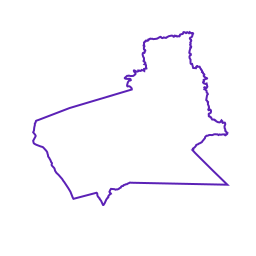 outline of Novo Repartimento, Pará, Brazil, rotated 165°
{"feature_id": "56859067B50073912473669", "entity_name": "Novo Repartimento", "entity_type": "district", "adm_level": 2, "iso_a3": "BRA", "parent_name": "Brazil", "parent_adm1": "Pará", "projection": "mercator", "projection_center": [-50.465, -4.525], "detail": "fine", "context": "isolated", "style": "outline", "palette": "violet", "viewbox_px": 256, "rotation_deg": 165, "n_neighbors": 0, "source": "geoboundaries", "source_scale": "gbopen_adm2", "svg_char_len": 5708}
<svg xmlns="http://www.w3.org/2000/svg" viewBox="0 0 256 256"><g transform="rotate(165 128 128)"><path d="M40.9,203.0L41.3,203.1L41.5,202.8L41.9,202.8L42.2,203.0L42.7,203.6L43.0,203.9L43.4,203.9L43.4,204.3L43.6,204.6L44.6,203.8L45.3,204.7L46.0,205.2L46.4,205.2L47.0,204.6L47.4,204.6L48.4,205.8L49.6,206.2L49.9,206.0L50.2,205.1L50.5,204.9L50.9,204.7L51.5,204.7L52.2,204.9L53.1,204.6L53.5,204.7L53.8,204.4L54.2,203.6L54.4,203.3L54.9,203.2L55.9,203.8L56.6,203.6L57.0,203.7L57.7,204.6L58.1,204.7L58.4,204.5L58.7,204.6L58.9,204.9L59.2,204.6L60.0,204.3L60.4,204.4L60.6,205.2L61.1,205.6L61.8,205.8L62.1,206.0L65.0,206.1L66.4,205.7L66.8,205.7L67.4,205.3L67.9,205.2L68.3,205.3L68.6,205.6L69.8,205.9L70.0,206.2L71.4,205.9L72.1,206.3L72.7,207.4L73.2,207.7L73.8,207.4L74.2,207.5L75.6,207.1L76.4,206.8L76.8,206.9L77.3,206.8L80.6,207.3L81.6,208.0L81.9,208.0L82.8,208.2L83.1,208.5L83.9,208.5L84.6,208.0L85.3,208.3L85.6,208.2L86.0,207.3L86.4,207.2L87.1,207.3L87.4,207.6L88.1,207.8L88.8,207.0L89.2,207.2L89.5,207.0L90.2,206.6L90.5,206.3L90.8,204.6L91.4,204.0L91.6,203.6L91.0,203.2L90.9,202.8L91.4,202.2L92.0,201.2L92.2,199.9L92.1,199.6L91.5,199.2L91.2,198.5L91.4,198.0L92.0,197.7L92.3,196.8L92.5,196.5L92.9,196.3L93.7,196.7L94.1,196.6L94.4,196.3L94.9,195.1L94.9,193.0L94.5,191.7L94.5,191.2L94.8,190.4L94.9,189.3L95.4,189.1L95.7,188.7L95.6,188.4L94.5,186.9L94.4,186.5L94.5,186.1L95.6,185.3L95.1,185.0L94.5,184.9L94.4,183.6L95.0,181.8L94.7,181.0L94.8,180.7L97.2,180.9L97.5,180.2L97.3,179.4L97.5,178.9L98.0,179.4L99.7,180.5L100.4,180.0L101.2,179.9L101.5,180.1L101.7,180.4L102.7,180.3L102.8,180.7L103.2,180.9L103.5,180.3L103.8,180.1L104.7,180.1L105.6,180.6L106.5,181.6L107.2,182.1L107.5,181.9L107.6,181.5L107.3,180.4L106.7,179.4L106.6,178.9L106.8,178.2L107.6,177.7L109.3,177.0L109.7,177.0L112.1,177.5L113.6,178.4L114.0,178.3L115.4,178.6L117.5,177.5L117.9,177.4L118.2,177.1L118.1,176.7L117.5,176.2L116.0,175.6L113.9,175.2L113.2,174.8L112.9,174.4L112.9,173.5L113.4,173.3L114.3,173.5L114.8,173.4L116.3,172.2L117.8,169.6L117.9,169.1L117.9,168.7L117.7,168.3L116.2,168.1L115.2,167.3L114.3,165.7L114.2,165.0L114.4,164.2L179.3,162.4L211.8,159.0L214.6,158.8L215.1,158.6L216.0,157.0L216.8,156.5L217.2,155.0L218.4,152.8L219.5,149.9L220.7,148.4L219.4,145.4L219.2,144.4L219.4,143.9L222.9,140.2L223.0,138.1L222.9,137.6L222.4,136.9L221.0,135.6L217.3,132.9L215.3,131.7L214.6,130.6L212.9,127.3L212.4,125.9L212.3,125.4L212.4,124.2L212.3,122.4L212.5,121.5L212.4,120.8L211.8,119.3L211.7,118.6L211.3,117.3L211.0,114.8L210.6,114.1L210.6,113.5L211.3,112.3L211.3,111.5L209.8,108.7L209.5,107.9L209.5,105.6L208.8,103.3L207.2,100.7L204.8,95.8L204.1,93.5L203.6,92.4L201.2,85.2L200.1,81.3L199.4,75.2L199.0,73.7L175.2,73.6L174.8,73.1L174.7,72.5L175.0,70.9L174.8,69.4L174.4,68.9L174.0,67.8L173.6,67.3L173.7,66.5L173.2,65.6L173.0,65.0L172.8,64.5L172.1,60.2L171.6,60.0L170.2,61.2L167.3,64.7L166.4,65.3L166.1,65.7L165.5,65.8L165.1,66.1L164.8,66.4L164.9,66.9L164.1,67.8L162.5,68.6L162.3,68.9L161.5,69.0L161.6,69.4L162.2,70.0L162.2,70.4L162.4,70.7L162.4,71.3L161.7,72.0L161.3,72.6L160.2,73.6L156.9,72.4L156.5,72.1L156.2,71.7L154.6,71.6L154.2,71.4L153.8,71.4L152.3,71.7L151.8,72.1L150.4,72.3L149.8,73.1L149.2,73.4L147.9,73.3L147.5,73.4L147.1,73.9L146.7,74.0L145.3,74.0L144.8,74.2L143.5,74.0L143.0,74.3L141.0,74.6L140.2,74.8L139.4,74.4L46.7,47.5L56.9,64.6L69.4,86.1L71.4,89.9L70.9,89.9L70.5,90.2L70.6,91.3L68.7,92.0L67.1,93.1L66.4,94.0L64.5,94.2L63.6,94.6L62.3,94.7L61.6,95.0L61.0,95.0L60.1,95.4L59.4,96.1L57.9,97.1L57.5,97.5L56.6,98.0L56.3,98.3L56.0,99.0L55.7,99.4L54.2,100.2L53.9,100.0L52.5,100.0L51.8,100.2L51.4,100.1L50.7,100.1L48.7,99.4L47.7,99.4L46.6,99.6L45.3,99.4L44.5,99.0L43.6,98.9L43.0,98.5L42.5,97.8L42.3,97.7L41.5,98.1L40.8,97.9L40.4,97.6L39.8,97.4L38.7,97.4L36.6,96.9L36.1,95.9L35.7,95.7L34.7,96.2L34.3,96.3L33.7,96.6L33.3,97.4L34.2,97.8L33.9,98.7L34.3,99.5L34.7,99.8L34.7,100.5L34.4,101.6L34.7,102.9L34.3,104.8L33.5,105.8L33.0,106.6L33.0,107.8L33.2,108.2L35.2,108.4L35.4,108.8L35.1,110.1L35.4,110.5L35.7,111.2L36.0,111.0L37.0,110.0L38.0,109.7L39.5,110.3L40.9,111.5L41.3,112.1L41.4,112.5L41.8,113.0L42.3,113.1L42.4,113.7L43.0,114.0L44.5,114.4L45.0,115.9L44.9,116.6L45.2,116.9L45.7,117.1L45.8,117.7L46.1,118.0L46.8,118.3L46.9,118.6L46.5,119.9L46.5,120.5L46.2,120.9L44.9,121.1L44.1,121.4L43.6,122.3L43.4,122.9L43.4,123.7L43.7,124.4L44.2,124.7L44.6,124.2L45.1,124.2L45.5,124.3L45.7,125.0L44.5,126.6L44.4,127.0L44.5,127.5L44.3,127.8L44.3,128.3L44.7,130.2L43.9,132.4L44.2,132.8L44.5,132.9L44.5,133.7L45.2,134.8L43.1,139.3L42.1,140.0L42.2,140.9L42.8,141.9L42.5,143.7L42.6,144.1L43.0,144.4L43.4,145.2L44.1,145.6L43.8,145.9L43.9,147.4L43.5,147.6L43.2,147.5L42.2,146.4L41.8,146.3L40.7,147.3L40.8,147.6L40.6,148.4L40.6,150.6L41.5,150.4L42.0,150.6L42.3,151.0L43.1,151.4L43.3,151.8L43.7,152.4L43.7,152.7L43.5,153.0L42.8,153.2L42.5,153.5L42.4,154.2L42.6,154.5L42.5,154.9L42.1,155.0L41.3,155.0L40.6,155.3L39.1,155.2L38.8,155.5L39.0,155.9L39.7,156.3L40.5,157.2L40.8,157.4L41.4,158.4L41.3,159.0L40.6,159.5L40.4,159.8L40.7,160.6L41.3,161.2L41.4,161.7L41.2,162.3L41.4,162.6L41.8,162.6L42.1,162.9L41.7,163.7L41.7,164.4L41.8,164.8L42.4,165.5L42.3,166.3L42.7,166.9L42.8,168.0L43.0,168.7L44.9,169.1L45.0,169.9L45.3,170.0L46.4,169.4L46.9,168.2L49.5,169.1L49.5,173.3L50.3,173.4L50.6,173.6L50.8,174.0L50.8,174.4L50.3,176.5L49.9,177.8L50.4,179.6L50.2,180.9L50.0,181.3L49.5,181.9L48.4,182.3L48.2,183.1L48.3,183.5L49.2,184.1L49.3,184.9L48.2,187.2L47.7,187.8L47.1,189.4L46.6,189.5L46.3,189.4L45.9,190.1L46.0,190.8L46.4,191.0L46.4,192.5L45.7,192.9L45.6,193.3L45.8,194.2L45.6,194.6L45.3,194.7L44.3,195.9L44.3,196.7L44.6,196.8L44.8,197.2L45.1,198.4L44.6,199.1L43.1,199.2L42.7,199.8L42.1,200.2L41.3,201.8L40.7,202.2L40.9,203.0Z" fill="none" stroke="#5b21b6" stroke-width="2"/></g></svg>